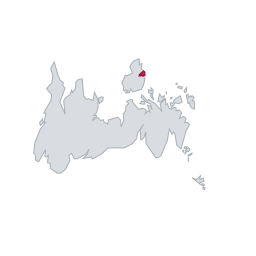 location of Derry within United Kingdom, rotated 112°
{"feature_id": "GBR-2083", "entity_name": "Derry", "entity_type": "London Borough (city)", "adm_level": 1, "iso_a3": "GBR", "parent_name": "United Kingdom", "parent_adm1": "", "projection": "natural_earth1", "projection_center": [-7.229, 54.938], "detail": "fine", "context": "in_parent", "style": "filled", "palette": "rose", "viewbox_px": 256, "rotation_deg": 112, "n_neighbors": 0, "source": "natural_earth", "source_scale": "10m", "svg_char_len": 4148}
<svg xmlns="http://www.w3.org/2000/svg" viewBox="0 0 256 256"><g transform="rotate(112 128 128)"><path d="M138.9,191.4L127.1,197.7L123.3,197.3L118.7,194.1L113.9,194.5L115.9,192.9L111.7,191.4L104.6,193.5L101.5,192.1L99.5,189.0L114.9,181.0L117.1,177.2L115.8,176.0L115.4,170.6L107.4,172.5L113.0,166.5L119.9,163.6L125.9,162.9L129.1,164.5L128.1,162.1L129.5,161.5L131.5,163.7L133.9,163.6L129.5,160.0L131.3,156.1L129.6,154.2L131.6,152.1L131.9,148.3L127.8,149.2L121.9,141.5L123.5,137.9L129.3,134.7L122.3,134.8L116.8,137.7L112.8,136.6L109.2,138.1L105.1,136.6L103.8,139.3L100.7,136.4L100.2,134.1L101.8,134.1L106.8,125.1L103.9,121.7L104.7,117.7L108.0,117.5L104.4,115.6L105.0,113.7L99.5,118.4L99.3,115.3L102.3,112.4L97.2,116.1L97.2,120.5L94.9,127.1L92.0,127.6L95.6,119.9L93.9,119.7L95.1,112.1L99.6,103.3L93.4,107.2L86.9,104.0L92.3,101.7L90.6,100.8L94.2,97.4L94.5,95.1L91.4,92.6L91.3,91.1L94.2,89.7L92.0,87.6L93.8,83.9L99.8,83.9L96.4,80.7L97.4,77.8L101.7,77.4L100.6,75.3L101.6,72.2L109.3,73.1L127.6,71.0L125.6,76.4L115.4,82.6L114.8,84.5L117.2,85.0L113.6,89.2L124.8,86.9L141.1,87.0L143.9,88.6L145.1,91.0L135.8,105.4L125.1,110.1L130.8,109.6L133.9,110.9L133.7,112.1L124.5,116.0L118.7,114.8L128.7,117.3L134.8,116.0L141.0,118.1L147.8,123.9L154.0,139.1L161.8,142.6L170.1,149.4L168.5,151.1L173.1,158.3L167.7,156.1L162.4,156.3L167.4,156.9L175.4,163.2L176.7,166.3L172.6,170.8L175.9,172.5L179.7,169.7L189.5,170.4L195.0,173.4L196.3,176.6L194.6,184.7L189.7,187.3L190.4,189.6L183.2,191.6L185.3,192.4L185.2,194.5L178.8,196.3L192.7,198.2L192.6,201.4L187.7,203.8L186.7,206.0L176.2,208.9L162.3,208.9L153.5,206.5L154.6,207.9L144.9,209.6L145.9,211.3L144.9,211.8L131.4,209.7L125.7,211.2L122.0,218.3L114.7,215.5L107.3,217.4L101.9,221.9L94.3,221.2L104.9,213.0L109.2,208.7L110.0,205.1L113.2,204.2L114.6,201.3L129.3,201.0L138.9,191.4ZM88.8,150.5L80.1,150.4L80.2,148.6L75.2,144.3L70.9,149.1L67.0,148.9L63.6,147.7L59.7,143.5L65.0,141.0L62.9,139.2L67.8,138.0L70.2,133.4L72.3,132.3L73.9,133.1L76.0,130.7L82.4,129.7L87.2,130.1L92.8,137.1L90.6,140.2L94.7,139.8L96.2,142.7L96.0,143.7L93.5,141.8L93.7,144.7L95.0,144.9L94.4,146.7L91.4,147.3L88.8,150.5ZM85.9,75.7L84.2,78.7L81.2,80.3L82.9,81.5L75.8,86.2L74.1,85.1L77.2,83.2L74.5,81.9L75.4,81.0L74.1,80.3L74.9,78.1L78.9,78.7L78.2,76.7L85.4,73.3L85.9,75.7ZM86.7,90.4L86.8,93.7L93.1,95.2L88.9,98.4L88.2,95.7L84.4,95.6L78.5,91.5L83.8,87.6L86.7,90.4ZM148.9,37.5L151.7,40.8L153.1,40.3L150.2,49.9L150.1,45.2L145.1,43.0L148.9,42.2L146.2,39.5L148.9,37.5ZM91.8,110.5L84.6,111.4L86.9,107.9L84.4,106.6L87.4,105.3L92.0,107.9L91.8,110.5ZM112.3,161.7L116.0,163.7L111.6,166.7L109.1,164.5L108.8,162.3L112.3,161.7ZM87.1,117.7L87.7,122.4L84.7,123.3L84.8,120.3L82.2,121.7L83.2,119.0L87.1,117.7ZM127.4,63.1L127.2,64.7L131.3,65.6L126.0,66.2L123.5,64.5L124.8,62.4L127.4,63.1ZM101.0,126.1L97.9,125.5L97.4,122.3L99.9,121.8L101.0,126.1ZM158.5,210.2L155.9,212.0L151.5,210.6L155.0,208.7L158.5,210.2ZM89.2,119.7L87.9,118.3L92.5,114.4L91.6,116.4L89.2,119.7ZM72.5,87.4L74.0,88.3L72.8,89.9L68.4,88.8L72.5,87.4ZM71.9,97.1L70.2,96.9L69.8,92.6L71.7,92.7L71.9,97.1ZM153.1,39.1L151.5,37.6L152.3,35.7L153.7,36.2L153.1,39.1ZM131.7,61.6L130.5,62.0L127.3,59.3L128.3,58.9L131.7,61.6ZM126.1,68.3L124.6,68.5L123.0,66.3L124.6,66.4L126.1,68.3ZM156.5,34.1L155.9,36.3L154.6,36.0L154.6,34.1L156.5,34.1ZM135.6,60.2L132.5,60.9L135.9,59.7L135.6,60.2ZM85.0,99.7L84.1,99.9L82.9,98.8L84.4,98.3L85.0,99.7ZM129.6,67.7L128.6,69.0L127.8,67.8L129.6,67.7ZM81.6,105.6L79.7,106.2L82.2,104.9L81.6,105.6ZM69.7,99.7L68.5,100.0L68.0,99.6L69.2,98.8L69.7,99.7Z" fill="#d9dde1" stroke="#a8b0b8" stroke-width="1"/><path d="M69.7,134.9L69.8,134.8L69.8,134.6L69.7,134.2L69.8,134.0L69.8,133.8L70.2,133.4L70.3,133.3L70.5,133.2L71.4,133.1L71.5,133.0L71.6,132.9L72.0,132.7L71.8,133.0L72.0,133.0L72.7,132.9L72.9,132.9L73.3,133.0L72.9,133.3L73.2,133.6L73.5,134.2L73.8,134.1L74.1,134.2L74.0,134.5L74.0,134.9L74.2,135.2L74.6,135.5L74.7,135.9L74.9,136.0L74.8,136.7L75.2,137.1L74.7,137.2L74.4,137.3L73.8,137.2L73.7,137.0L73.1,136.5L72.7,136.6L72.7,136.4L72.5,135.9L71.6,135.9L71.8,135.5L71.7,135.4L71.0,135.3L70.6,135.4L70.2,135.3L70.0,135.0L69.7,134.9L69.7,134.9Z" fill="#f43f5e" stroke="#9f1239" stroke-width="1.5"/></g></svg>